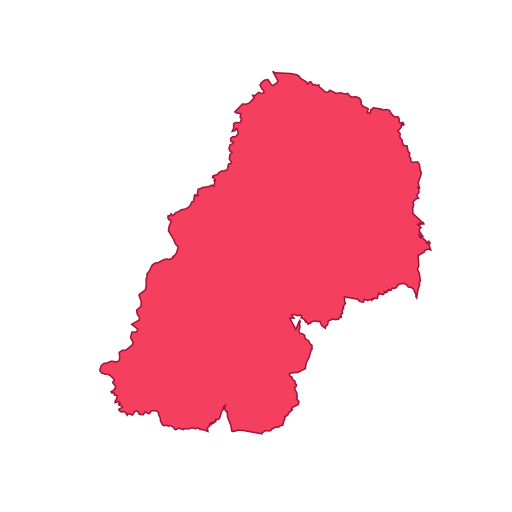 the district of Autlán de Navarro, Jalisco, Mexico, rotated 253°
{"feature_id": "50627088B11139990760987", "entity_name": "Autlán de Navarro", "entity_type": "district", "adm_level": 2, "iso_a3": "MEX", "parent_name": "Mexico", "parent_adm1": "Jalisco", "projection": "orthographic", "projection_center": [-104.329, 19.757], "detail": "fine", "context": "isolated", "style": "filled", "palette": "rose", "viewbox_px": 512, "rotation_deg": 253, "n_neighbors": 0, "source": "geoboundaries", "source_scale": "gbopen_adm2", "svg_char_len": 6085}
<svg xmlns="http://www.w3.org/2000/svg" viewBox="0 0 512 512"><g transform="rotate(253 256 256)"><path d="M192.1,73.0L188.6,74.6L188.4,75.7L186.9,77.3L186.7,79.0L184.2,81.8L179.2,84.3L178.2,84.2L177.8,82.6L176.6,82.0L172.2,83.7L171.5,83.3L169.1,80.5L168.7,77.8L167.5,77.8L166.9,78.4L167.2,79.9L166.5,80.5L164.6,79.8L163.0,82.5L160.5,81.2L158.3,78.8L156.8,78.4L157.1,82.1L154.9,83.1L154.9,81.6L153.6,81.2L152.1,83.6L150.6,84.3L149.5,79.9L148.2,80.1L145.9,81.9L146.2,83.5L144.7,85.5L141.4,86.2L142.4,87.3L141.8,89.2L140.0,91.4L142.6,94.5L142.9,96.1L141.8,97.7L138.9,98.0L137.1,101.5L139.3,104.8L137.0,106.5L136.5,108.3L138.6,110.5L137.1,115.5L134.6,117.1L132.8,116.4L129.0,117.1L126.4,116.4L121.6,117.2L120.5,118.7L120.3,120.9L118.8,122.7L119.0,124.5L116.3,127.1L114.0,127.6L113.3,128.6L114.0,131.7L111.1,135.8L111.8,137.1L110.3,141.1L110.5,144.5L108.4,147.7L108.8,149.2L108.1,150.7L106.7,151.5L105.0,155.3L102.2,158.7L105.9,159.4L106.8,161.4L109.6,163.2L109.4,165.0L108.1,164.2L109.0,165.9L110.0,166.3L108.6,166.3L109.6,169.1L110.2,169.5L110.4,168.8L111.4,169.5L110.8,171.9L111.5,173.8L117.3,177.6L119.0,180.0L121.4,180.9L122.2,183.1L118.8,181.2L115.9,182.0L115.7,183.0L110.5,181.7L101.0,182.4L95.8,181.6L94.9,182.4L94.5,188.6L92.7,193.1L84.2,209.7L85.3,210.9L86.2,213.6L84.6,218.7L86.3,221.2L85.8,221.9L86.9,224.4L86.1,225.5L85.8,227.9L86.5,229.0L86.4,232.2L90.8,234.8L91.2,235.7L94.1,236.6L93.7,237.1L95.0,240.5L96.2,241.0L98.3,245.8L99.3,245.1L100.6,246.9L101.5,252.8L102.8,253.8L104.4,254.5L108.0,253.0L108.7,254.0L112.6,255.0L117.5,254.2L119.1,254.9L119.4,256.2L120.9,257.1L123.0,256.2L124.9,256.7L127.6,254.8L129.7,255.0L131.1,253.5L133.4,253.3L133.9,255.3L132.4,262.2L133.9,270.2L139.3,272.9L143.6,277.1L150.0,281.3L150.3,282.3L154.4,283.4L156.5,281.9L159.4,281.6L162.6,278.8L166.1,279.3L168.0,277.7L169.2,275.4L171.4,274.8L174.7,277.0L177.2,277.8L178.3,277.1L179.5,278.7L180.7,279.2L181.6,278.9L174.1,272.6L186.8,270.1L185.5,274.1L188.9,272.8L189.1,275.1L186.7,278.4L186.4,281.9L184.8,282.1L183.9,281.0L181.0,283.8L179.7,283.8L179.5,284.9L177.9,284.4L177.4,285.5L175.5,285.8L176.1,288.0L175.7,288.5L176.8,289.4L176.7,293.6L175.4,295.3L174.8,298.0L170.2,298.5L166.6,301.2L169.0,302.4L169.0,303.8L169.8,304.7L172.8,306.1L173.2,311.2L171.9,313.5L171.4,316.3L172.8,318.1L172.5,319.7L175.1,320.0L176.0,322.0L178.9,322.6L180.6,324.7L181.6,324.3L184.5,327.2L184.4,327.7L187.4,327.6L191.0,328.7L185.0,340.5L182.5,341.7L180.8,344.2L180.5,345.3L183.1,347.1L180.9,349.5L181.0,352.7L179.7,353.6L180.8,354.0L180.4,355.4L181.3,355.9L179.9,359.6L184.7,362.4L183.5,363.1L181.9,366.6L182.6,367.0L183.2,368.8L184.1,368.6L183.0,369.9L183.3,370.9L184.4,371.1L184.1,372.5L185.2,373.1L183.9,374.0L183.7,375.1L185.6,376.7L184.7,378.1L184.7,381.2L186.2,381.9L186.2,383.3L187.3,384.1L186.6,389.1L184.9,391.4L181.9,392.5L180.2,395.7L178.4,396.8L172.4,397.7L170.3,397.0L168.9,397.4L176.0,400.8L181.1,404.3L183.1,404.5L184.2,406.0L191.7,407.1L196.0,406.5L199.2,408.9L209.0,411.2L210.5,417.8L212.1,419.4L212.3,422.4L210.7,424.9L216.4,424.6L217.3,426.3L219.7,425.5L219.2,423.9L218.0,423.5L218.6,422.9L220.5,423.0L223.8,421.1L226.2,418.0L228.8,418.2L226.5,419.4L225.9,421.3L232.1,419.5L233.8,420.0L234.9,422.1L238.7,419.9L238.0,422.1L239.4,421.4L239.9,422.0L237.9,424.3L237.6,426.0L239.2,425.7L240.2,424.5L250.7,418.5L256.9,420.1L257.0,420.8L259.2,421.9L261.9,421.9L263.9,426.3L263.6,428.3L267.1,427.4L269.0,430.4L272.8,431.3L274.0,430.9L273.1,432.2L278.5,432.5L286.2,438.0L289.1,438.5L289.6,438.1L295.9,439.0L298.8,438.1L299.7,433.2L301.4,431.7L304.3,432.6L306.4,431.6L309.4,433.2L310.6,432.3L312.6,432.1L317.1,432.7L318.6,429.5L322.7,429.2L324.0,429.7L327.1,428.3L331.0,429.6L334.1,428.3L336.4,432.3L339.6,433.8L339.4,434.6L338.8,434.2L337.9,435.0L338.7,436.0L340.9,435.5L341.0,433.3L341.8,432.0L344.9,433.1L345.9,432.4L346.9,433.0L347.9,431.9L348.4,429.2L352.6,427.0L356.5,426.1L358.1,423.3L358.2,420.3L360.0,418.9L359.9,417.4L360.7,417.2L363.5,411.4L362.4,410.1L362.4,408.5L359.2,407.1L360.5,404.4L364.0,406.4L368.4,401.8L370.9,401.1L372.8,401.9L375.5,401.6L377.5,400.4L379.5,397.3L379.4,396.0L380.5,393.1L384.8,391.2L384.8,388.6L387.3,384.7L388.3,379.3L389.4,379.0L392.9,375.1L391.5,372.5L392.6,370.3L399.2,366.0L401.3,366.1L401.4,363.6L402.9,362.5L402.7,360.6L406.8,359.2L406.8,358.0L405.5,356.5L405.6,355.3L407.4,355.4L412.9,350.5L415.3,349.9L417.3,348.2L420.3,342.6L425.8,327.4L427.8,326.0L416.8,328.2L415.6,326.7L414.1,322.3L414.9,320.9L421.2,319.0L421.7,315.4L420.1,311.7L418.3,309.8L414.2,310.4L412.5,311.5L410.4,311.6L409.8,310.9L409.8,308.8L411.8,306.4L409.7,302.0L410.7,299.7L407.6,300.3L404.3,294.2L404.0,291.1L405.3,287.5L400.0,277.9L398.5,279.1L396.7,282.9L393.0,281.4L391.4,282.3L388.2,279.8L389.7,275.2L388.8,273.1L384.8,272.1L382.2,269.7L382.0,272.6L383.4,274.2L383.4,275.1L378.2,274.8L376.2,271.5L376.9,268.3L375.8,266.0L372.7,265.5L371.8,267.7L370.2,266.9L369.9,263.6L366.5,261.5L363.9,261.8L362.1,263.4L360.5,260.6L356.5,258.8L352.5,260.0L351.8,259.0L352.1,256.7L347.0,253.8L346.6,249.9L347.4,248.5L346.6,244.5L345.3,243.9L345.2,238.2L343.7,237.3L343.5,238.7L340.3,239.1L340.8,237.5L339.7,238.6L334.9,236.2L336.5,235.0L336.7,233.9L336.1,231.0L337.2,224.6L336.6,222.5L336.9,220.2L332.7,218.2L330.7,218.5L331.1,216.4L332.3,216.3L332.3,215.1L326.3,212.0L326.5,210.5L322.9,207.1L321.5,202.8L322.1,197.8L321.0,194.6L321.1,192.4L318.8,188.0L321.2,187.2L319.5,184.7L320.2,183.8L318.3,182.8L317.0,183.5L316.4,183.1L315.0,184.9L313.0,184.4L310.5,182.0L305.8,179.6L296.3,182.0L290.9,182.5L287.9,184.1L286.9,184.0L282.3,180.9L280.4,178.7L279.8,176.3L278.7,176.3L278.3,174.5L278.1,171.6L279.2,170.1L279.5,167.2L278.3,160.1L278.7,157.4L277.8,154.2L273.0,149.8L270.6,146.3L268.9,146.2L266.3,144.3L260.4,142.6L255.9,140.3L253.6,133.6L252.7,132.6L246.1,133.0L242.2,131.5L241.1,130.5L239.1,126.0L235.2,125.4L231.3,126.6L228.9,125.4L227.0,117.1L220.6,121.6L218.3,119.5L219.5,115.0L214.4,112.1L209.2,113.2L207.1,111.6L204.0,104.0L204.9,100.5L203.8,97.0L198.3,95.9L196.1,94.4L195.3,92.2L197.7,87.0L197.2,81.3L197.8,79.3L196.6,76.1L192.1,73.0Z" fill="#f43f5e" stroke="#9f1239" stroke-width="1.5"/></g></svg>